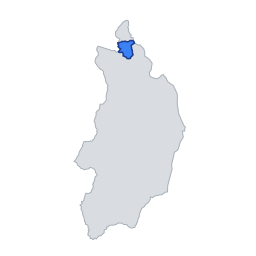 Matad, Dornod, Mongolia shown in context, rotated 264°
{"feature_id": "93677404B45746313911559", "entity_name": "Matad", "entity_type": "district", "adm_level": 2, "iso_a3": "MNG", "parent_name": "Mongolia", "parent_adm1": "Dornod", "projection": "albers", "projection_center": [116.446, 47.104], "detail": "fine", "context": "in_parent", "style": "filled", "palette": "blue", "viewbox_px": 256, "rotation_deg": 264, "n_neighbors": 0, "source": "geoboundaries", "source_scale": "gbopen_adm2", "svg_char_len": 4630}
<svg xmlns="http://www.w3.org/2000/svg" viewBox="0 0 256 256"><g transform="rotate(264 128 128)"><path d="M22.2,78.8L23.0,79.1L24.5,78.6L25.0,77.5L25.7,76.9L28.5,77.6L29.7,78.5L30.1,77.8L30.4,77.7L30.9,78.6L31.6,78.6L32.1,78.4L32.9,77.7L33.8,78.2L35.8,77.7L36.4,75.9L37.1,75.7L38.7,75.9L39.2,75.1L39.6,75.0L40.7,75.1L42.9,74.8L43.8,75.0L44.7,74.4L46.7,73.9L49.3,74.2L49.7,73.7L52.5,72.8L54.9,73.5L56.0,72.3L56.4,72.2L57.6,74.5L58.3,74.5L58.8,73.9L59.8,74.2L59.8,75.6L60.3,76.3L67.3,78.9L67.4,79.4L67.0,82.4L68.0,84.1L68.1,84.8L70.2,85.2L71.0,86.6L72.8,87.0L73.6,87.5L75.6,87.0L76.0,87.1L76.4,87.8L77.3,87.6L78.7,89.0L79.9,89.2L80.4,89.7L81.2,89.6L82.9,90.3L84.0,92.2L85.0,92.3L86.4,91.6L86.9,91.0L88.7,91.1L89.8,90.6L90.6,90.1L92.1,88.1L92.8,85.8L92.0,85.3L91.5,84.4L91.4,83.0L91.5,82.1L91.0,80.6L91.2,80.0L92.0,79.0L92.7,77.2L93.5,76.3L94.7,76.0L95.0,75.3L96.1,74.1L98.1,73.7L99.4,72.4L100.4,70.9L101.1,71.9L103.1,73.6L104.9,74.5L106.0,75.9L109.3,77.0L114.5,80.9L115.7,81.0L118.9,82.7L119.2,83.2L118.7,85.3L118.9,85.9L118.6,88.2L119.1,89.4L118.6,90.7L118.9,91.2L119.7,91.5L120.8,93.2L123.8,94.7L124.5,95.8L126.6,96.8L127.7,96.6L129.5,97.1L130.2,97.0L131.5,96.1L132.3,95.9L136.5,95.7L137.7,95.1L138.5,95.1L141.6,96.3L143.7,97.6L146.9,97.9L148.3,99.3L148.8,100.5L150.0,101.6L154.4,102.6L154.6,102.8L154.3,105.2L154.4,105.6L157.1,108.6L158.4,109.4L162.6,109.7L168.9,112.0L170.4,111.6L171.7,112.5L172.3,112.5L176.6,110.6L177.2,110.8L181.7,110.2L184.5,109.3L186.6,109.4L188.3,108.6L189.1,106.7L191.9,104.7L196.7,102.1L199.7,102.6L201.4,103.6L203.1,105.6L204.2,106.1L206.1,106.3L208.8,105.0L210.3,105.3L211.6,105.9L212.5,106.9L208.1,117.0L208.1,117.6L206.6,119.7L206.4,123.1L204.6,124.3L204.8,126.2L205.2,127.0L207.1,128.9L207.8,128.7L208.3,127.9L209.4,127.2L211.4,127.4L213.1,127.0L215.2,127.7L217.2,129.2L220.0,125.7L222.6,125.3L225.1,125.7L226.9,128.0L229.2,129.0L229.8,130.3L230.7,130.8L231.0,131.4L233.8,134.0L234.4,135.7L235.2,136.9L235.3,138.2L235.1,138.8L234.0,139.6L230.1,139.4L227.8,138.2L227.0,138.9L224.1,138.8L222.4,139.3L221.3,139.8L220.6,140.7L220.1,140.9L219.6,140.9L218.7,140.2L217.9,140.2L217.7,140.4L217.2,142.5L214.7,142.6L213.8,142.3L211.7,143.3L211.4,144.1L210.3,145.3L209.2,147.5L209.4,148.4L209.1,149.0L207.2,150.1L205.4,151.9L201.6,152.5L199.9,152.6L198.6,152.1L197.3,152.4L196.2,154.3L193.7,156.6L190.0,158.8L183.6,157.1L182.8,156.8L181.6,155.2L177.8,155.0L176.7,155.9L175.7,157.3L173.8,161.9L175.1,164.7L176.7,166.5L177.3,167.8L177.3,168.9L176.0,169.3L174.3,170.9L170.1,172.2L165.1,177.7L156.8,180.5L151.8,180.2L147.9,179.5L137.1,179.9L129.9,182.0L124.4,183.9L123.1,185.0L122.6,185.1L121.7,184.5L119.0,183.9L119.3,181.7L113.1,182.0L108.7,178.6L102.0,175.8L100.8,175.0L99.0,171.7L97.8,171.1L94.8,170.3L86.8,167.4L82.8,167.6L66.6,161.5L60.4,160.6L60.2,160.3L60.3,158.4L58.2,154.9L58.0,154.1L58.2,153.0L57.4,146.7L56.2,145.5L57.1,143.1L54.9,142.7L52.7,141.2L50.7,138.8L49.9,137.2L48.3,136.4L46.9,133.5L46.0,132.8L41.2,130.4L38.6,129.8L36.1,128.4L33.0,127.3L32.2,126.5L31.3,126.3L29.8,124.7L28.5,124.5L28.1,120.8L29.2,118.9L30.1,117.9L32.1,116.6L32.3,115.9L32.3,114.1L34.1,111.5L34.4,109.6L34.3,107.3L33.4,106.5L32.9,103.3L33.2,101.0L33.1,99.3L31.9,97.9L31.8,96.4L31.4,96.2L31.0,96.5L30.0,96.3L29.4,95.2L29.2,94.1L28.8,93.7L27.8,93.4L26.8,93.5L25.9,92.9L25.4,91.8L23.6,89.7L23.9,88.7L23.9,88.0L23.3,87.6L22.8,86.6L21.0,85.0L21.2,84.6L22.1,83.8L21.0,82.4L20.7,81.3L22.0,80.5L21.9,79.6L22.2,78.8Z" fill="#d9dde1" stroke="#a8b0b8" stroke-width="1"/><path d="M200.3,130.7L200.0,131.3L199.4,132.1L198.7,133.5L198.1,133.8L197.2,134.3L196.8,136.4L196.9,136.8L197.0,137.6L198.5,138.5L199.0,139.3L199.2,139.5L200.3,140.7L201.3,140.4L201.9,140.3L202.4,140.3L204.0,140.3L205.1,140.4L205.7,140.1L206.0,139.9L206.7,139.9L207.5,139.9L208.2,139.9L209.9,139.8L210.5,141.0L211.3,142.5L211.7,143.3L211.8,143.3L211.9,143.2L212.0,143.2L212.4,143.0L212.9,142.9L213.2,142.9L213.2,142.7L213.4,142.7L213.5,142.6L213.5,142.4L213.8,142.3L214.0,142.4L214.5,141.6L214.7,140.7L214.6,140.4L214.6,139.9L214.8,139.4L214.2,138.5L213.9,137.5L213.7,136.7L214.1,135.3L214.7,134.1L214.5,133.3L214.4,132.2L214.8,131.1L214.2,130.3L214.0,128.9L213.8,128.6L213.8,126.8L213.3,126.7L212.9,126.8L212.5,126.8L212.0,127.0L211.5,127.1L211.0,127.3L210.9,127.4L210.6,127.3L210.3,127.2L209.8,127.0L209.6,127.0L209.6,126.9L209.2,127.2L208.6,127.6L208.4,127.9L208.0,128.3L207.8,128.6L207.5,128.9L207.4,129.0L206.9,128.5L206.5,128.1L206.2,127.8L205.8,127.4L205.6,127.2L205.2,126.8L204.9,126.5L204.1,127.1L204.0,128.0L203.9,128.9L204.1,129.9L202.9,130.8L202.2,130.8L201.7,131.0L200.8,131.1L200.3,130.7Z" fill="#3b82f6" stroke="#1e3a8a" stroke-width="1.5"/></g></svg>